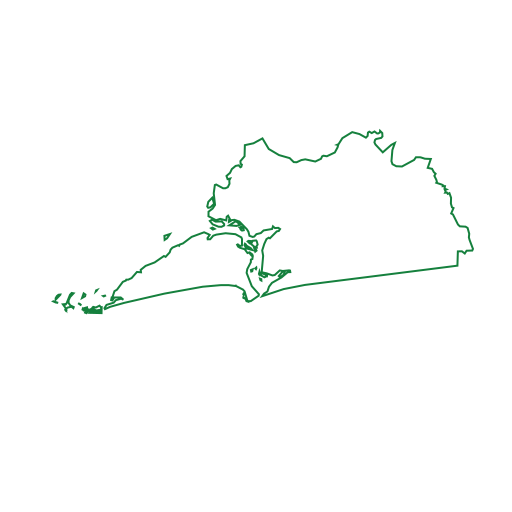 the district of Bonthe, Southern, Sierra Leone, rotated 332°
{"feature_id": "65957751B90425188102960", "entity_name": "Bonthe", "entity_type": "district", "adm_level": 2, "iso_a3": "SLE", "parent_name": "Sierra Leone", "parent_adm1": "Southern", "projection": "albers", "projection_center": [-12.539, 7.5], "detail": "fine", "context": "isolated", "style": "outline", "palette": "green", "viewbox_px": 512, "rotation_deg": 332, "n_neighbors": 0, "source": "geoboundaries", "source_scale": "gbopen_adm2", "svg_char_len": 6098}
<svg xmlns="http://www.w3.org/2000/svg" viewBox="0 0 512 512"><g transform="rotate(332 256 256)"><path d="M452.4,261.7L449.0,258.8L455.9,252.4L450.8,249.4L447.6,246.1L443.6,243.9L440.7,245.4L426.9,245.5L422.0,242.6L419.6,239.0L420.1,235.9L426.2,226.4L431.7,221.4L427.6,221.4L416.6,224.0L413.8,213.6L413.9,211.3L415.6,209.4L417.0,209.1L422.0,210.5L423.8,209.8L425.2,206.7L424.3,203.8L423.4,205.1L421.5,205.2L420.5,204.7L419.1,201.7L415.9,201.8L414.4,199.4L412.8,199.6L410.9,202.4L408.6,203.1L404.6,196.9L399.1,191.8L387.6,192.5L381.4,196.0L379.9,195.9L380.7,196.6L379.0,198.4L374.2,201.6L365.4,201.2L362.6,199.1L361.1,199.1L359.0,200.7L352.7,200.4L344.9,193.8L341.1,192.6L335.9,192.3L333.4,190.8L331.7,185.4L323.7,177.7L317.5,167.5L316.9,155.2L306.7,155.3L298.2,152.9L292.7,162.6L286.8,164.9L285.7,167.4L286.4,168.7L284.9,170.3L283.9,170.3L283.3,167.8L280.3,166.9L275.5,167.9L272.1,170.4L267.5,171.5L267.0,174.8L269.6,175.5L267.9,176.7L266.5,179.8L263.4,182.0L260.7,181.8L258.7,180.7L254.4,174.2L253.0,174.0L248.1,180.8L243.8,191.7L239.9,193.8L234.9,194.6L232.7,198.6L237.5,205.6L241.8,206.4L246.4,210.6L248.6,207.6L250.3,207.3L250.3,212.5L253.9,213.9L257.5,217.8L260.5,228.1L260.7,231.0L259.7,235.1L262.0,237.6L263.6,238.0L266.6,236.9L271.0,238.0L274.7,237.0L282.9,239.7L284.9,237.8L285.8,240.2L288.9,241.6L289.9,243.5L287.9,244.6L285.9,244.0L276.6,246.9L275.8,245.8L273.2,246.0L269.0,249.2L264.1,254.0L262.4,259.2L253.4,273.0L257.4,276.4L261.4,280.9L263.6,281.6L270.2,279.9L272.6,281.8L278.5,284.2L279.2,284.8L278.7,286.3L276.4,285.2L268.4,286.9L257.5,287.2L253.1,289.2L249.4,292.7L245.5,293.0L242.6,294.4L264.9,298.2L285.6,304.5L429.3,359.1L436.4,346.7L440.0,348.5L441.5,351.8L444.4,350.2L449.5,352.7L450.9,351.6L452.1,342.2L452.7,339.5L454.7,336.5L456.0,330.6L454.8,328.5L449.9,325.5L449.1,323.0L449.4,311.8L448.3,310.1L452.9,306.4L451.9,305.0L452.7,301.2L455.6,296.1L456.3,291.3L454.5,291.2L454.3,289.6L452.8,288.9L453.6,288.4L453.8,286.4L455.4,286.6L454.1,285.0L455.6,283.1L453.7,282.1L454.4,281.5L453.6,280.2L449.6,276.0L450.5,275.5L451.0,273.4L451.1,269.0L453.2,267.7L452.4,265.5L452.4,261.7ZM221.3,210.7L208.2,208.9L197.4,210.6L194.1,210.1L192.9,210.9L192.4,209.9L186.1,209.4L183.6,210.3L181.5,212.3L175.8,214.3L174.7,212.8L163.5,214.1L153.9,212.9L147.7,214.1L146.8,216.4L143.4,214.2L135.8,217.1L132.1,216.9L130.3,216.0L129.6,216.6L126.3,216.3L117.4,220.5L114.5,220.6L109.7,225.2L117.1,229.1L118.4,232.3L116.9,230.4L111.5,229.2L108.4,230.4L101.1,229.0L97.7,230.9L97.7,232.0L103.4,232.4L117.6,235.5L157.4,246.2L194.5,258.1L210.8,265.0L218.2,268.9L224.0,273.0L224.4,271.7L224.1,272.9L228.7,279.5L229.3,281.8L227.3,291.8L230.2,293.4L239.7,292.3L240.6,291.1L238.1,280.7L239.8,266.5L242.1,263.5L248.5,259.1L249.8,256.8L251.3,257.0L252.8,255.0L252.4,253.7L253.3,253.9L253.5,252.9L252.4,250.5L251.8,251.2L251.4,249.6L249.9,249.4L249.2,244.7L245.7,241.2L244.6,239.3L244.6,237.2L245.4,237.2L246.5,239.6L248.5,240.2L251.6,234.5L251.8,232.7L248.1,227.1L239.8,221.6L231.0,218.5L227.8,218.0L223.4,219.7L221.2,218.6L221.6,217.4L225.0,215.6L224.1,214.2L221.3,210.7ZM242.2,214.1L242.9,212.8L242.0,209.4L236.5,206.7L234.2,203.3L231.7,203.4L232.6,207.7L236.6,212.5L239.2,214.0L242.2,214.1ZM90.4,226.3L88.4,224.5L87.6,224.7L88.1,226.1L87.8,227.0L89.4,229.1L93.8,230.6L93.1,232.2L92.4,232.1L93.2,230.6L90.7,232.0L89.1,231.3L90.8,230.3L89.6,230.6L89.0,229.5L87.0,229.4L85.5,227.9L85.4,228.6L85.0,227.4L86.3,225.5L84.7,225.3L84.1,227.0L82.3,228.0L92.8,233.9L95.7,228.7L95.0,228.5L94.5,226.4L90.4,226.3ZM68.5,209.5L69.6,207.3L72.5,205.0L77.4,203.3L75.9,202.1L73.6,202.9L66.6,208.8L65.1,209.5L64.2,209.3L64.2,210.0L63.9,208.6L65.5,209.1L62.8,208.0L63.5,213.1L62.9,214.6L62.7,213.6L62.3,213.9L62.5,215.1L63.2,214.9L63.7,213.3L65.5,213.1L69.3,214.2L70.2,216.3L71.1,215.5L68.8,212.4L68.5,209.5ZM244.7,184.0L239.3,185.8L236.2,189.4L236.4,191.0L238.7,191.6L243.6,190.2L244.7,184.0ZM260.7,248.8L261.0,247.6L262.8,246.7L263.6,243.3L263.4,242.3L260.2,241.0L257.3,243.1L259.0,247.4L260.7,248.8ZM254.0,215.8L246.8,216.4L252.9,220.3L256.8,221.0L255.1,216.9L254.0,215.8ZM267.2,286.0L271.6,285.6L274.3,283.1L272.0,282.4L266.7,284.4L267.2,286.0ZM190.3,196.2L184.6,195.2L182.9,198.9L185.8,198.6L190.3,196.2ZM255.0,278.8L255.8,276.8L252.3,273.4L251.3,275.5L253.5,278.8L255.0,278.8ZM86.2,211.3L87.3,210.0L86.3,208.1L82.7,211.4L86.2,211.3ZM82.7,222.0L79.5,221.3L79.7,224.8L80.3,223.1L81.7,224.4L82.7,222.0ZM257.3,227.5L257.9,225.7L255.1,223.5L254.9,225.5L255.6,227.0L257.3,227.5ZM58.6,200.5L65.0,198.4L65.2,198.2L63.4,197.5L61.4,197.9L59.3,199.2L58.6,200.5ZM255.5,248.9L255.1,246.8L253.5,244.1L252.5,246.1L255.5,248.9ZM83.0,225.5L82.6,224.0L81.8,225.2L78.6,225.6L77.8,225.0L79.5,226.9L83.0,225.5ZM259.0,240.7L256.4,239.1L255.5,239.2L256.3,241.6L259.0,240.7ZM251.5,245.3L252.6,243.4L252.5,241.9L251.0,241.9L250.7,244.8L251.5,245.3ZM108.3,227.8L110.3,226.7L109.0,225.0L107.4,226.9L108.3,227.8ZM259.0,251.5L259.1,249.9L258.1,248.2L257.4,251.8L259.0,251.5ZM232.2,212.6L230.9,210.5L229.4,210.4L230.3,212.4L232.2,212.6ZM246.8,266.2L244.9,266.0L244.5,267.5L245.5,267.7L246.8,266.2ZM87.6,229.1L87.5,227.0L87.8,226.2L87.2,225.7L86.6,227.7L87.6,229.1ZM250.2,273.9L251.4,273.0L251.7,271.5L250.2,273.2L250.2,273.9ZM249.2,280.2L249.8,278.9L248.9,277.9L248.6,279.3L249.2,280.2ZM226.8,289.1L225.5,286.4L225.7,285.6L225.2,287.1L226.8,289.1ZM256.1,279.1L256.9,278.0L256.2,277.1L255.3,278.6L256.1,279.1ZM257.7,224.7L256.7,223.2L255.4,223.3L256.4,224.3L257.7,224.7ZM255.6,275.6L255.4,274.9L253.6,274.5L254.9,275.7L255.6,275.6ZM252.0,241.7L252.4,240.9L252.0,240.0L251.1,240.8L252.0,241.7ZM78.6,217.6L78.0,215.7L76.8,214.2L78.6,217.6ZM78.7,221.6L77.7,221.8L77.4,222.5L78.0,221.7L78.3,223.9L78.7,221.6ZM59.3,204.5L55.9,200.9L55.7,200.9L57.3,203.0L59.3,204.5ZM227.1,289.4L226.6,289.4L226.4,291.4L227.2,292.2L227.1,289.4ZM248.1,213.2L249.4,213.2L248.9,212.0L248.1,213.2ZM250.8,266.3L249.5,266.6L249.8,267.6L250.5,267.1L250.8,266.3ZM228.3,282.7L226.8,283.8L226.8,284.5L228.3,282.7ZM97.9,212.1L98.7,211.9L99.7,211.4L98.7,211.3L97.9,212.1ZM102.3,219.6L102.6,220.2L104.1,220.3L104.1,220.1L102.3,219.6Z" fill="none" stroke="#15803d" stroke-width="2"/></g></svg>